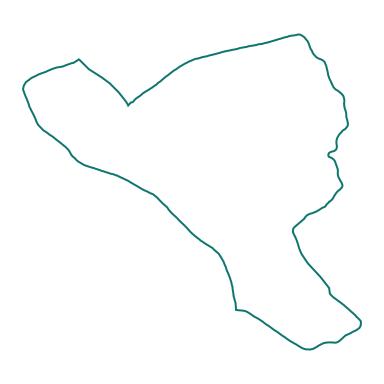 Cidade De Tete, Tete, Mozambique (orthographic projection)
{"feature_id": "85939544B33116803936279", "entity_name": "Cidade De Tete", "entity_type": "district", "adm_level": 2, "iso_a3": "MOZ", "parent_name": "Mozambique", "parent_adm1": "Tete", "projection": "orthographic", "projection_center": [33.575, -16.158], "detail": "fine", "context": "isolated", "style": "outline", "palette": "teal", "viewbox_px": 384, "rotation_deg": 0, "n_neighbors": 0, "source": "geoboundaries", "source_scale": "gbopen_adm2", "svg_char_len": 5791}
<svg xmlns="http://www.w3.org/2000/svg" viewBox="0 0 384 384"><path d="M361.0,321.5L359.7,319.9L358.1,318.2L356.7,317.0L355.3,315.3L353.4,313.5L351.5,311.9L350.2,310.7L348.7,309.3L347.2,308.0L345.6,306.7L343.9,305.1L342.4,304.0L341.7,303.4L338.9,301.4L337.0,300.0L335.3,298.7L333.7,297.6L331.8,295.8L329.9,293.8L329.1,288.0L320.5,277.0L307.8,263.3L302.1,254.8L301.9,254.7L300.4,251.5L299.0,247.8L297.5,242.7L297.2,241.8L296.4,239.6L295.0,236.4L294.7,236.1L294.1,234.7L293.0,232.4L292.9,230.4L293.4,228.5L294.2,227.4L295.3,226.4L303.0,219.8L304.1,218.9L304.5,218.2L304.8,217.9L305.2,217.2L306.9,215.4L308.6,214.4L310.3,213.7L311.3,213.5L314.3,212.4L316.4,211.5L319.0,210.0L320.1,209.3L322.0,208.0L323.8,207.2L325.0,206.7L325.7,206.0L326.1,205.3L326.4,204.7L327.0,204.0L327.8,203.3L329.1,202.0L329.1,201.8L329.7,201.4L331.1,200.5L332.1,199.5L333.0,198.3L333.7,196.9L334.3,195.8L335.1,194.7L335.8,193.6L336.4,192.7L337.2,191.8L338.2,190.8L339.7,189.8L341.0,188.4L342.0,187.3L342.4,185.9L342.4,185.0L341.8,183.2L341.3,182.3L341.3,182.1L341.0,181.7L340.1,180.3L339.3,178.7L338.5,177.3L338.1,175.9L337.8,174.5L337.8,172.8L337.8,171.6L337.9,170.3L337.6,168.9L337.1,167.3L336.8,166.6L336.3,165.1L335.7,163.4L335.1,161.8L334.6,160.6L333.6,159.5L332.2,158.3L331.0,157.7L329.9,157.2L328.8,156.7L328.3,155.5L328.4,154.6L328.8,153.3L329.5,152.6L329.8,152.5L330.5,152.1L331.5,151.7L332.9,151.4L334.1,151.0L335.0,150.5L336.1,149.5L336.7,148.2L336.9,146.7L336.8,145.5L336.5,143.9L336.4,142.4L336.5,140.6L336.9,138.7L337.3,137.8L338.1,136.4L338.7,135.3L339.4,134.3L340.4,133.2L341.3,132.4L342.1,131.3L342.9,130.5L343.7,129.9L344.9,129.2L345.6,128.6L346.5,127.4L347.4,126.4L347.7,125.3L347.9,124.4L348.0,124.1L347.2,119.8L346.5,117.9L346.3,115.8L346.2,113.1L345.5,110.5L344.7,108.3L344.2,105.5L344.1,103.5L344.4,100.5L343.9,97.7L343.2,95.7L341.2,93.5L339.4,91.9L337.6,90.6L335.5,89.4L333.6,87.4L332.5,85.2L331.4,82.9L330.7,81.1L329.5,78.8L328.8,76.8L328.1,74.8L327.8,72.7L327.4,70.6L326.7,68.2L326.4,66.3L325.5,64.2L324.8,62.3L322.8,60.3L320.8,59.3L318.7,58.6L316.6,57.4L315.3,56.1L314.1,54.8L312.7,52.8L311.9,50.8L310.6,48.8L309.9,47.0L309.2,44.9L308.5,43.0L307.5,41.1L305.7,39.0L304.2,37.1L302.1,35.7L300.0,34.6L297.9,34.5L295.9,35.1L293.9,35.4L292.2,35.6L291.3,35.7L289.3,36.1L287.1,36.9L284.8,37.3L282.5,38.1L280.2,38.8L278.4,39.2L276.5,39.9L274.0,40.6L271.7,41.3L269.6,41.9L267.3,42.6L265.0,43.0L262.8,43.7L261.0,44.1L259.1,44.1L257.0,44.8L255.1,45.2L252.9,45.6L250.6,45.9L248.6,46.3L246.1,47.0L243.9,47.3L242.0,47.7L239.9,48.0L237.7,48.8L235.8,49.2L234.0,49.6L232.0,49.9L230.0,50.4L228.0,50.8L226.2,51.1L223.3,51.8L221.6,52.2L219.7,52.9L217.7,53.4L214.7,54.2L211.4,55.0L209.4,55.4L207.2,56.2L205.0,56.6L202.9,57.0L200.6,57.7L198.5,58.4L195.9,58.8L193.8,59.5L191.2,60.7L189.0,61.5L186.9,62.7L184.6,63.8L182.2,65.3L180.0,66.5L177.6,68.2L175.6,69.6L173.5,70.8L171.9,72.1L169.9,73.6L168.0,75.2L165.9,76.6L163.8,78.4L161.8,80.1L160.0,81.7L157.9,83.0L156.6,84.5L154.6,85.7L152.1,87.6L150.3,88.7L148.2,90.1L146.5,91.0L144.7,92.2L142.9,93.3L141.2,94.9L139.4,96.3L137.3,97.6L135.5,99.0L134.3,100.3L132.7,102.2L130.8,102.5L128.2,105.5L127.1,103.3L125.8,101.3L118.6,92.2L109.8,83.4L101.6,77.3L89.0,69.3L79.1,59.5L78.9,59.4L73.6,62.8L71.5,63.2L70.5,63.6L68.2,64.4L66.9,64.9L65.2,65.5L64.5,65.8L62.7,66.5L60.7,66.9L58.6,67.2L56.4,67.6L54.2,68.3L52.1,69.1L50.0,69.9L47.9,70.8L45.7,71.9L43.6,72.6L41.4,73.4L39.1,74.2L37.1,75.2L34.9,76.4L33.1,77.1L31.0,78.3L29.4,79.6L27.6,80.9L26.0,82.1L23.8,85.7L23.0,89.4L25.3,95.7L26.3,97.9L27.2,100.1L27.9,102.0L28.7,104.2L29.4,106.6L30.4,108.6L31.2,110.3L32.4,112.5L33.5,114.7L34.3,116.4L35.4,118.7L36.3,121.3L37.4,123.6L38.5,125.3L40.3,127.1L41.8,128.7L43.7,130.6L45.8,131.8L47.6,133.1L49.4,134.6L51.7,136.0L53.8,137.5L55.5,139.0L57.7,140.7L59.8,142.3L61.9,144.0L64.1,145.8L65.5,146.9L67.3,148.7L68.7,150.3L70.0,152.4L71.2,154.7L72.7,156.5L74.5,157.9L76.4,160.0L78.0,161.4L80.2,162.7L82.4,164.0L84.6,165.2L86.9,166.0L89.1,166.7L91.4,167.5L93.3,167.9L95.4,168.7L97.6,169.4L100.0,170.2L101.9,171.0L103.9,171.4L105.9,172.2L108.0,172.7L109.8,173.5L111.6,173.9L113.6,174.3L115.5,175.2L117.2,175.6L118.9,176.5L120.8,177.4L122.6,178.2L124.4,179.1L126.3,179.9L128.6,181.1L130.6,182.4L132.9,183.7L135.1,185.0L137.4,186.3L139.7,187.7L142.0,189.0L144.0,190.2L146.1,191.0L148.1,192.0L150.3,193.2L152.8,194.1L155.0,195.8L157.0,197.5L159.0,199.6L161.0,201.7L162.9,203.6L165.4,205.8L167.2,207.3L168.3,209.2L170.2,211.5L171.7,213.2L173.5,214.8L175.4,216.5L177.0,218.0L179.1,220.3L181.3,222.5L183.3,224.3L185.4,226.4L187.1,228.2L188.8,230.1L190.9,232.4L192.9,234.2L195.1,236.1L197.4,237.9L199.4,239.4L200.8,240.7L202.8,241.9L204.6,243.2L206.4,244.3L209.0,245.9L210.9,247.1L212.5,248.0L213.7,249.3L215.1,250.6L216.7,252.0L218.8,253.8L220.0,255.7L221.2,257.7L222.5,259.9L223.7,262.0L224.5,264.3L225.5,266.4L226.3,268.7L227.1,271.1L228.3,273.7L229.1,275.8L229.9,277.8L230.6,280.1L231.3,282.1L231.7,284.4L232.4,286.6L232.7,289.6L233.1,291.9L233.4,293.7L233.6,296.2L234.2,298.2L234.8,300.5L235.5,302.6L236.1,310.0L243.6,310.7L245.9,311.3L247.5,312.1L249.4,313.3L251.3,314.5L253.2,315.9L255.3,317.2L257.3,318.2L259.1,319.3L261.1,320.6L262.8,321.7L264.8,323.4L267.0,324.9L269.1,326.2L271.1,327.7L273.2,329.3L274.6,330.3L276.5,331.4L278.9,333.1L281.0,334.7L283.0,336.1L284.8,337.2L286.4,338.5L288.3,339.8L290.4,341.2L292.4,342.3L294.0,343.2L296.3,344.5L298.3,345.8L300.1,346.9L302.4,348.2L304.2,348.9L306.2,349.4L308.3,349.4L310.2,349.5L312.6,349.0L314.3,348.2L316.6,347.0L318.5,345.7L320.7,344.5L322.5,343.7L324.4,342.9L326.5,342.6L328.7,342.4L331.2,342.4L333.6,342.6L335.8,342.7L337.8,342.0L340.1,340.4L342.1,338.6L344.0,336.8L345.7,335.3L348.2,334.3L350.7,333.1L352.6,331.9L354.4,331.1L356.8,329.9L358.1,328.9L359.5,327.9L360.7,325.6L361.0,321.5Z" fill="none" stroke="#0f766e" stroke-width="2"/></svg>